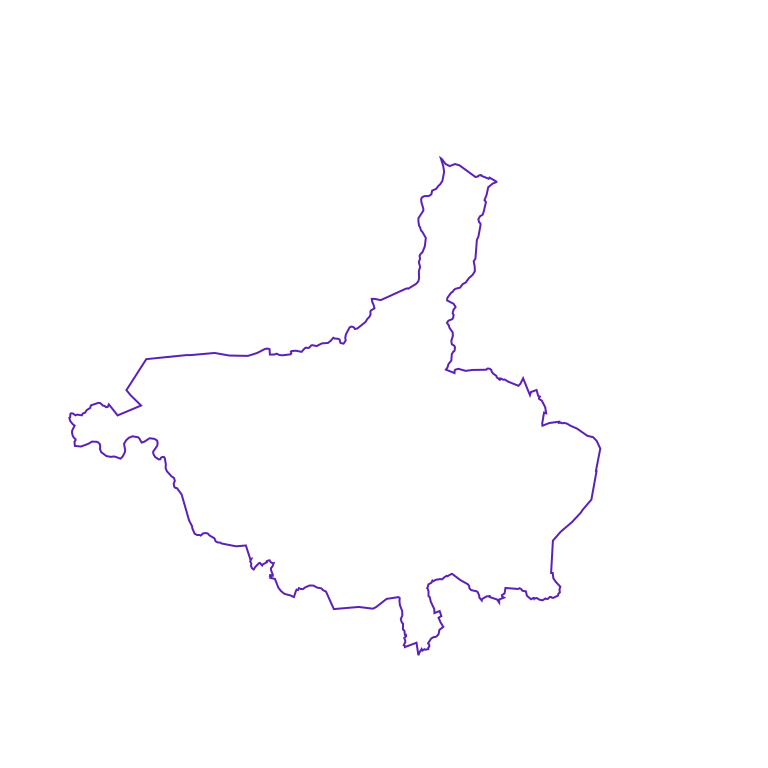 outline of Pantepec, Puebla, Mexico, rotated 30°
{"feature_id": "50627088B55522839668174", "entity_name": "Pantepec", "entity_type": "district", "adm_level": 2, "iso_a3": "MEX", "parent_name": "Mexico", "parent_adm1": "Puebla", "projection": "orthographic", "projection_center": [-97.891, 20.58], "detail": "fine", "context": "isolated", "style": "outline", "palette": "violet", "viewbox_px": 768, "rotation_deg": 30, "n_neighbors": 0, "source": "geoboundaries", "source_scale": "gbopen_adm2", "svg_char_len": 6165}
<svg xmlns="http://www.w3.org/2000/svg" viewBox="0 0 768 768"><g transform="rotate(30 384 384)"><path d="M147.3,592.2L152.9,589.6L158.0,583.4L159.9,579.9L164.1,577.7L165.7,577.5L168.0,578.2L169.5,580.0L170.4,582.2L173.1,584.4L179.5,585.2L183.9,583.7L186.2,581.9L187.9,581.3L193.1,580.4L193.9,577.6L193.7,572.6L192.9,570.6L188.8,565.9L188.8,561.9L189.9,558.2L192.3,555.1L197.5,553.1L199.1,553.4L203.4,555.9L205.3,553.8L208.1,548.2L212.6,546.3L215.7,546.4L217.2,547.9L218.5,550.8L217.9,557.9L218.6,559.2L220.3,560.6L222.5,561.7L226.5,561.9L227.8,561.2L227.8,559.2L228.6,558.0L229.8,557.2L231.2,557.8L235.2,562.6L236.9,566.0L239.6,568.1L246.1,570.2L249.2,570.4L251.3,572.5L251.7,575.5L253.8,577.9L255.3,578.3L256.8,577.7L263.9,580.8L283.4,599.6L289.1,603.3L289.9,604.6L294.8,608.3L297.7,608.2L299.9,606.9L301.1,606.9L302.0,603.9L304.3,602.1L306.2,601.6L308.6,602.4L314.3,602.4L316.8,604.4L319.0,604.4L321.7,603.2L323.2,603.3L337.1,598.5L345.1,592.9L355.7,602.5L356.6,601.6L356.8,604.6L358.8,605.7L359.8,608.1L361.9,609.6L363.9,609.8L364.0,606.8L365.3,601.7L366.0,601.0L369.2,602.1L369.2,600.9L371.7,596.9L371.0,596.2L372.7,594.0L372.3,593.5L375.0,595.0L377.3,594.9L378.0,594.3L378.6,597.4L378.2,600.0L379.0,601.5L383.1,604.8L383.5,605.6L380.9,606.4L381.4,607.8L382.8,607.6L382.8,608.7L387.0,607.3L394.3,613.2L398.3,614.8L402.8,615.5L408.7,613.9L412.5,613.6L411.1,606.8L411.2,605.7L412.6,605.4L412.4,603.3L414.5,603.1L416.4,602.1L417.4,599.6L420.2,595.8L423.8,593.8L427.7,593.8L432.0,592.3L434.1,593.0L437.6,592.8L453.1,604.0L473.6,589.7L486.8,584.1L488.8,580.9L493.7,568.8L503.1,561.3L504.7,561.6L505.8,564.1L508.3,567.5L513.1,571.4L515.6,575.2L516.1,579.2L518.6,581.6L520.4,582.1L523.1,587.1L525.0,587.4L527.5,590.8L528.4,590.2L529.3,591.4L528.5,593.8L530.6,595.5L531.5,596.9L531.7,600.4L533.2,600.5L533.7,601.3L541.5,591.8L549.4,601.7L548.9,598.8L549.1,594.7L550.5,595.7L551.7,593.4L552.7,593.4L554.9,591.5L554.2,590.1L554.5,588.7L553.5,587.1L551.8,586.5L552.1,580.9L553.5,578.4L555.1,577.3L556.0,575.4L556.3,573.3L554.9,569.2L556.8,564.7L552.1,562.1L548.1,559.1L549.7,556.3L545.7,552.8L542.2,557.2L540.1,553.8L533.3,549.1L530.3,545.8L528.6,545.4L526.2,541.3L524.2,539.4L523.4,539.2L523.3,537.2L522.6,535.4L524.4,532.4L524.2,530.1L525.2,530.3L526.6,527.8L530.0,525.0L532.0,524.1L533.0,520.9L534.2,518.8L535.0,518.8L537.6,514.5L538.3,514.4L547.9,515.6L556.8,515.5L558.5,516.2L560.3,518.3L562.6,518.9L567.9,517.2L569.2,517.4L572.2,519.6L573.4,521.3L576.9,522.6L576.4,521.2L579.1,516.6L581.5,514.8L582.0,515.7L589.6,514.1L593.0,515.7L591.5,513.0L594.7,509.0L592.6,509.0L591.7,507.9L593.1,505.1L591.2,499.9L602.7,494.4L603.5,493.1L605.6,493.0L606.6,493.7L607.8,493.7L610.5,492.6L613.6,495.9L619.0,496.9L620.2,494.7L620.8,494.4L621.3,494.8L621.3,494.2L622.2,494.1L623.2,493.0L626.9,493.0L629.6,491.9L631.0,489.0L632.5,488.9L633.5,487.9L634.0,485.6L635.3,484.9L636.5,485.1L637.6,484.5L640.5,480.2L639.9,478.5L640.5,476.6L638.6,474.0L638.1,471.4L631.8,469.5L627.8,467.6L624.6,463.3L623.2,464.1L608.6,435.2L610.9,423.6L615.9,409.4L618.8,396.7L618.9,393.9L621.4,380.4L611.6,353.1L611.0,353.3L603.6,331.8L596.6,326.9L591.6,325.5L586.1,327.2L573.5,326.1L566.4,326.9L562.5,326.8L559.4,327.6L558.5,328.6L557.1,329.2L556.6,328.9L554.9,330.2L554.5,329.1L546.6,335.2L542.1,340.9L540.7,339.0L536.9,328.7L539.1,328.3L535.2,323.5L529.0,319.5L525.9,319.4L525.2,318.7L525.3,317.0L523.5,317.2L519.1,312.9L515.3,317.5L516.0,320.7L501.6,309.5L502.0,315.5L501.4,318.3L490.2,319.9L486.4,319.7L485.1,320.7L482.6,320.8L482.4,321.8L481.8,321.6L481.9,322.4L478.4,321.9L477.3,320.8L473.2,320.4L471.0,319.4L469.8,318.1L468.0,317.9L465.9,318.9L465.3,320.6L453.6,327.6L448.1,331.8L440.7,333.7L438.5,336.1L438.5,337.1L439.6,339.3L430.4,340.6L430.7,338.1L429.9,334.5L430.6,330.0L427.8,324.3L427.8,321.5L428.4,320.5L428.2,319.1L427.0,316.6L425.6,315.7L423.0,315.7L421.8,314.4L420.7,312.9L419.6,307.9L417.7,305.0L412.4,302.5L411.4,301.2L407.9,299.5L408.1,297.0L410.7,293.7L410.8,292.2L409.8,289.4L408.3,288.6L407.8,287.7L407.1,284.8L407.5,281.5L404.1,279.7L396.9,280.1L395.8,277.7L396.5,271.5L397.5,269.4L397.5,267.7L398.3,265.8L401.7,262.5L402.2,258.1L404.0,255.3L404.6,249.9L406.2,245.0L406.3,240.9L403.7,236.8L400.3,232.8L400.5,229.7L392.4,212.8L392.0,209.0L388.2,198.3L387.2,196.7L385.4,196.3L383.3,194.1L383.3,190.7L384.8,188.1L384.1,184.6L381.3,175.4L379.1,174.5L378.2,168.7L375.9,161.5L377.8,156.3L380.4,152.9L380.0,152.5L372.2,152.5L372.1,153.9L364.3,155.0L363.8,154.5L362.7,155.1L361.7,156.3L361.7,157.2L359.7,159.0L340.0,156.9L335.5,158.0L332.0,162.4L327.3,162.7L321.4,160.2L320.3,160.1L326.3,165.6L330.0,170.2L333.0,178.9L332.8,183.0L332.1,185.0L331.6,188.9L329.0,192.5L330.2,196.1L328.8,198.8L324.9,201.2L323.6,203.5L323.7,205.3L325.5,207.9L330.3,212.4L331.4,214.2L330.9,223.1L332.4,225.9L335.2,229.3L337.2,230.5L339.2,232.5L341.0,233.0L347.2,236.6L350.5,244.3L351.4,250.5L350.6,253.6L350.7,255.2L352.6,257.5L353.2,261.0L356.7,264.5L357.8,268.9L361.5,274.8L362.4,277.8L361.8,281.1L357.3,289.4L356.4,289.5L355.4,290.4L339.7,312.3L339.0,313.1L333.2,315.0L330.8,316.4L333.4,319.4L334.9,320.2L337.9,323.2L335.9,327.0L336.0,328.1L337.6,330.6L337.8,333.1L337.0,336.3L337.0,339.5L333.1,349.3L331.3,350.9L329.6,350.0L327.3,350.4L325.9,352.1L326.2,360.0L327.2,363.1L329.1,365.6L328.8,369.3L325.8,370.2L323.4,367.8L321.9,367.7L318.4,369.3L317.0,369.3L316.2,373.4L314.9,376.5L309.9,379.9L306.7,384.8L302.3,386.3L301.6,387.3L301.1,389.9L300.2,390.8L298.3,391.5L297.6,392.5L296.5,397.4L291.1,399.2L287.4,401.7L287.2,402.6L288.4,403.7L288.3,405.0L281.6,410.0L278.9,411.2L275.9,411.4L274.4,413.2L270.5,415.6L267.4,411.0L265.1,411.7L263.2,413.5L258.6,420.6L252.1,427.7L235.8,436.7L221.8,441.8L201.9,455.8L198.8,457.5L165.7,481.3L164.0,518.1L170.1,520.4L184.4,524.1L169.0,544.4L155.9,539.2L156.2,542.0L154.8,543.1L153.0,542.7L151.4,543.2L147.8,542.4L146.1,543.1L140.9,549.0L141.5,551.7L139.6,555.2L139.5,558.2L137.9,560.2L138.0,562.2L133.6,563.9L132.5,565.4L129.3,565.1L127.5,566.0L127.5,567.1L128.8,569.5L128.4,570.7L130.9,573.0L134.7,574.5L136.9,574.7L137.2,580.0L137.9,581.8L139.9,584.1L142.1,585.5L144.4,586.0L144.9,586.6L144.9,588.9L147.3,592.2Z" fill="none" stroke="#5b21b6" stroke-width="2"/></g></svg>